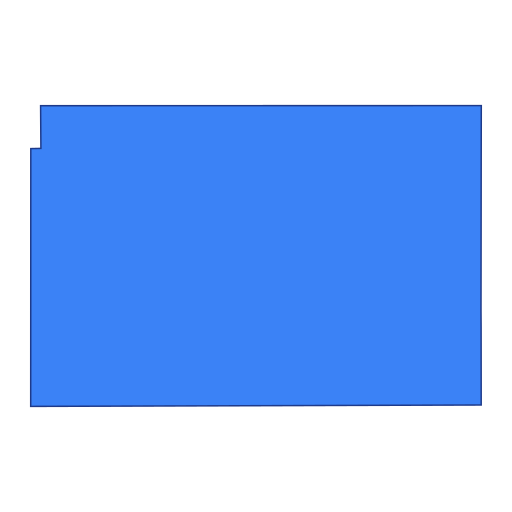 the district of Phillips, Colorado, United States of America
{"feature_id": "52423323B64261587402804", "entity_name": "Phillips", "entity_type": "district", "adm_level": 2, "iso_a3": "USA", "parent_name": "United States of America", "parent_adm1": "Colorado", "projection": "mercator", "projection_center": [-102.294, 40.594], "detail": "fine", "context": "isolated", "style": "filled", "palette": "blue", "viewbox_px": 512, "rotation_deg": 0, "n_neighbors": 0, "source": "geoboundaries", "source_scale": "gbopen_adm2", "svg_char_len": 248}
<svg xmlns="http://www.w3.org/2000/svg" viewBox="0 0 512 512"><path d="M481.2,156.0L481.3,105.6L40.6,105.7L40.9,148.4L30.8,148.6L30.7,406.4L481.2,405.0L481.1,327.6L481.0,310.5L481.2,156.0Z" fill="#3b82f6" stroke="#1e3a8a" stroke-width="1.5"/></svg>